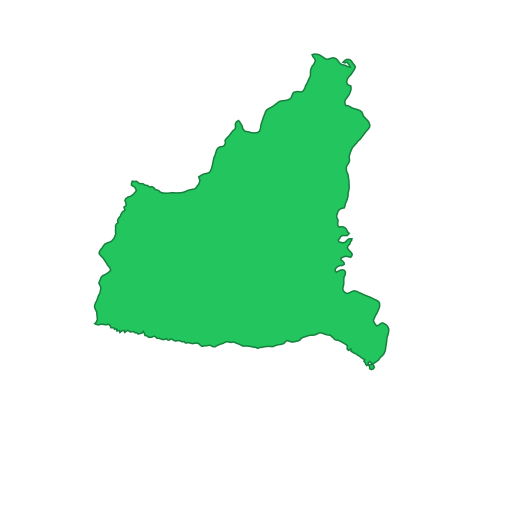 the district of Urucuia, Minas Gerais, Brazil, rotated 243°
{"feature_id": "56859067B5271560558977", "entity_name": "Urucuia", "entity_type": "district", "adm_level": 2, "iso_a3": "BRA", "parent_name": "Brazil", "parent_adm1": "Minas Gerais", "projection": "robinson", "projection_center": [-45.578, -16.022], "detail": "fine", "context": "isolated", "style": "filled", "palette": "green", "viewbox_px": 512, "rotation_deg": 243, "n_neighbors": 0, "source": "geoboundaries", "source_scale": "gbopen_adm2", "svg_char_len": 6152}
<svg xmlns="http://www.w3.org/2000/svg" viewBox="0 0 512 512"><g transform="rotate(243 256 256)"><path d="M108.1,304.9L108.0,306.8L109.9,307.6L110.3,309.5L106.8,310.6L106.9,313.0L107.6,317.7L109.3,321.0L109.8,323.3L110.7,325.5L112.9,328.1L120.8,333.8L123.5,335.4L126.2,338.1L128.2,339.7L130.5,341.1L133.5,341.3L135.4,340.8L137.3,339.7L138.9,338.5L139.3,336.6L138.7,334.2L139.0,331.7L141.7,331.2L144.3,331.1L145.8,331.7L147.0,333.4L148.2,334.7L150.2,337.8L152.9,341.2L154.6,343.0L156.3,344.0L158.1,344.7L159.8,344.5L161.2,343.8L163.8,341.7L167.5,339.0L169.2,337.4L173.0,334.1L174.5,333.1L177.0,330.9L178.6,329.9L180.4,327.7L180.8,325.5L180.8,322.8L181.3,319.9L183.7,318.4L186.0,318.0L188.0,318.8L189.9,320.5L191.7,321.8L195.1,323.5L197.2,324.8L198.6,326.7L201.0,328.4L203.1,328.2L204.5,326.8L205.1,324.8L205.1,320.2L207.3,319.8L208.8,321.5L209.6,324.4L209.2,326.9L208.3,328.6L208.6,331.0L210.2,331.4L211.6,331.1L213.8,330.0L215.4,330.7L215.5,333.2L215.0,336.0L211.9,339.7L212.6,341.5L214.0,342.6L215.9,342.4L219.6,341.3L221.9,341.1L223.4,342.8L224.1,345.1L225.7,346.5L226.4,348.2L227.8,349.3L229.1,346.7L228.7,344.1L227.9,342.1L228.0,340.0L229.4,338.0L230.8,336.4L232.8,336.5L233.8,338.6L235.0,340.6L234.8,343.0L233.7,344.6L232.8,346.8L233.9,349.4L235.6,348.7L239.3,348.6L240.8,348.1L242.1,347.2L243.5,345.1L244.1,343.1L245.6,342.8L247.4,343.2L250.6,345.4L253.4,345.4L255.4,346.2L258.7,349.6L259.6,351.9L259.5,354.1L258.8,356.5L260.1,357.9L261.8,359.1L264.3,362.2L267.8,365.4L269.2,366.0L270.8,367.1L272.9,368.9L274.7,370.1L281.0,373.0L286.5,374.9L291.0,375.3L294.1,376.8L295.6,378.6L296.6,380.6L298.2,382.4L300.2,383.4L302.1,384.0L304.0,385.6L305.8,387.5L308.8,391.1L310.9,396.7L311.9,398.5L312.8,402.0L317.0,410.5L317.7,412.6L319.0,415.4L320.7,416.8L323.9,417.3L325.9,417.0L331.2,415.4L332.8,415.3L334.3,415.6L336.4,415.6L338.5,414.6L340.0,413.3L342.8,410.3L344.6,408.6L346.4,407.6L348.0,406.3L348.9,404.8L350.2,404.2L351.9,404.7L353.5,405.4L354.9,407.0L355.9,409.3L357.9,412.8L360.8,415.9L362.5,417.0L364.5,417.7L366.0,416.2L367.5,415.4L369.6,415.7L371.5,417.0L372.8,418.6L373.7,420.5L374.5,422.9L376.7,426.9L378.0,428.9L379.5,430.4L381.0,430.4L383.0,429.9L386.9,429.4L388.5,428.6L390.0,426.2L389.9,423.8L389.1,421.5L387.6,423.1L387.3,425.2L383.2,425.8L381.6,425.7L382.9,423.8L384.3,422.9L386.0,421.4L387.2,419.8L389.3,418.2L392.2,417.8L393.8,417.5L395.6,416.8L397.2,415.4L398.0,413.5L398.7,409.6L399.4,407.9L405.7,404.3L407.2,403.0L408.5,401.3L409.5,399.5L409.9,397.4L407.7,397.2L405.8,397.7L403.6,397.8L401.9,396.3L400.5,394.3L399.6,392.2L397.3,389.4L395.5,388.2L391.7,386.2L389.2,382.8L387.6,381.0L386.3,379.2L385.3,377.5L383.7,376.1L382.4,374.2L381.5,372.6L381.6,370.8L383.8,367.6L384.7,364.1L384.1,362.5L381.8,360.1L380.7,358.3L380.5,355.7L381.1,353.2L382.7,348.9L383.1,346.8L382.7,344.4L381.9,340.4L381.6,337.9L381.6,334.8L381.4,332.2L380.3,330.0L379.0,328.8L376.3,325.6L371.8,321.1L370.0,319.5L367.4,317.7L365.6,315.7L365.3,313.2L366.4,310.5L367.6,308.3L370.0,305.7L372.4,302.6L376.0,302.0L377.7,302.7L382.7,302.4L384.7,301.9L384.4,299.3L383.4,298.0L382.2,297.0L380.2,296.4L378.5,294.7L378.0,292.0L375.6,287.2L375.0,285.7L374.3,283.3L373.1,280.9L371.2,280.3L369.5,279.1L368.6,277.0L369.0,275.0L369.7,273.2L369.5,271.4L368.6,269.5L367.2,267.9L364.3,265.2L362.7,263.1L356.1,257.9L354.3,256.2L352.7,254.4L351.7,252.6L351.8,250.5L352.8,246.2L352.8,243.8L352.5,240.8L349.2,240.5L347.3,239.1L345.9,237.4L345.2,235.7L344.1,233.9L343.6,231.5L344.3,229.7L345.5,224.6L345.4,222.4L345.8,220.2L346.4,217.8L348.6,213.1L350.3,210.5L351.9,206.1L354.0,202.3L355.4,200.6L356.8,199.5L358.5,199.0L361.0,196.4L363.3,196.0L365.2,194.6L365.5,192.9L366.8,191.9L368.1,191.4L369.3,189.5L371.7,188.1L372.6,186.5L373.6,185.0L377.0,183.3L377.5,181.5L378.9,179.8L377.2,178.0L375.7,177.2L374.2,178.0L372.5,179.2L368.7,179.2L367.7,177.3L366.7,175.0L366.1,171.4L366.7,168.5L366.1,165.8L364.8,164.3L362.8,164.2L361.3,163.8L359.9,163.1L359.5,160.5L356.3,160.1L356.0,157.1L354.5,154.7L353.0,153.1L352.3,151.1L350.7,148.9L348.3,148.1L347.9,146.1L346.7,144.5L344.5,143.6L342.6,142.4L339.3,141.0L336.1,137.4L334.9,134.2L334.7,132.4L335.2,129.9L335.3,127.0L334.5,125.0L333.1,122.7L332.4,120.8L331.1,118.6L329.4,117.3L325.8,118.0L323.6,118.8L317.0,119.6L315.6,119.5L311.3,120.5L309.0,119.8L308.0,114.9L308.0,112.7L308.1,110.4L307.5,108.6L303.3,103.7L299.1,103.6L297.3,102.9L295.7,101.5L294.0,100.3L292.2,97.6L288.5,93.8L286.9,91.5L284.7,89.4L282.7,88.7L278.4,88.6L271.4,85.8L269.8,84.0L268.9,81.6L267.6,82.6L266.1,84.4L265.5,87.3L262.7,91.2L262.2,93.5L260.2,94.5L257.9,94.2L256.6,96.6L254.8,96.8L254.2,98.8L252.5,97.9L251.5,100.4L249.6,100.0L250.2,102.5L249.4,104.8L247.5,104.3L248.0,108.0L245.2,109.7L244.8,111.4L244.1,112.8L242.5,113.3L241.9,114.8L239.9,115.6L239.1,119.5L240.2,121.2L237.9,121.4L235.6,121.0L234.3,122.6L232.2,123.5L231.0,126.0L230.8,128.8L229.5,129.9L227.7,130.3L226.7,132.2L223.7,135.1L223.1,137.0L222.9,138.8L221.4,139.1L220.4,140.4L220.9,142.6L217.9,144.6L216.7,145.7L216.1,148.0L214.8,150.0L213.2,151.0L212.3,153.1L210.4,153.7L209.6,156.2L208.0,158.2L206.8,159.5L205.5,163.4L204.0,165.1L201.8,165.9L200.0,166.8L199.5,168.8L198.3,171.7L197.5,174.4L194.5,176.7L193.7,178.5L193.9,181.0L193.7,183.4L193.1,186.9L193.2,189.6L192.6,191.7L191.1,193.3L190.2,194.8L189.6,196.9L184.0,201.8L181.8,203.3L179.9,207.1L177.7,210.3L176.5,211.6L174.6,214.4L172.9,215.6L172.7,218.3L171.9,219.7L171.6,221.4L170.0,225.8L167.5,230.0L167.5,232.1L167.0,235.0L165.9,238.1L165.4,241.0L166.1,243.0L166.7,245.1L163.0,248.9L162.2,251.1L161.1,255.5L161.3,257.6L162.2,259.1L162.1,261.0L161.8,262.7L161.2,266.9L160.3,269.4L159.2,271.6L158.7,274.5L158.9,276.8L158.3,278.5L157.1,280.1L155.2,281.7L153.5,283.5L151.4,286.6L150.0,286.6L148.5,287.7L147.0,287.8L145.6,288.4L142.9,291.6L139.8,293.8L135.6,296.4L134.1,296.4L132.8,295.6L131.5,295.0L129.9,295.6L130.0,298.3L128.1,297.4L124.9,299.3L123.2,300.9L121.0,301.8L119.2,303.1L117.4,303.7L115.6,304.8L114.6,305.9L113.2,304.3L111.6,304.9L109.9,304.6L108.1,304.9ZM108.0,306.8L105.7,307.0L103.9,306.1L102.4,307.2L102.1,309.2L103.0,310.9L105.0,311.1L106.8,310.6L107.3,308.6L108.0,306.8Z" fill="#22c55e" stroke="#15803d" stroke-width="1.5"/></g></svg>